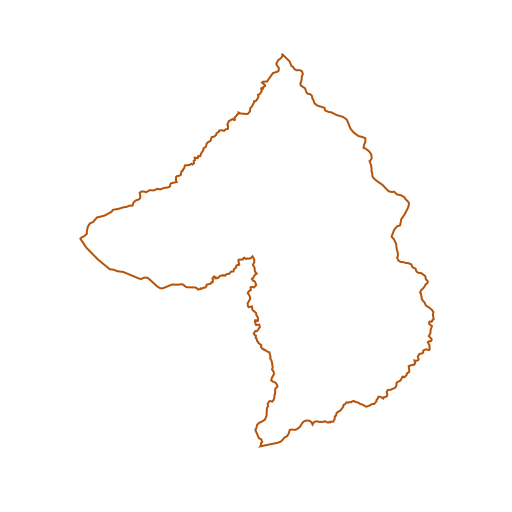 outline of Nipepe, Niassa, Mozambique, rotated 252°
{"feature_id": "85939544B55402666252817", "entity_name": "Nipepe", "entity_type": "district", "adm_level": 2, "iso_a3": "MOZ", "parent_name": "Mozambique", "parent_adm1": "Niassa", "projection": "mercator", "projection_center": [37.842, -13.907], "detail": "fine", "context": "isolated", "style": "outline", "palette": "amber", "viewbox_px": 512, "rotation_deg": 252, "n_neighbors": 0, "source": "geoboundaries", "source_scale": "gbopen_adm2", "svg_char_len": 6075}
<svg xmlns="http://www.w3.org/2000/svg" viewBox="0 0 512 512"><g transform="rotate(252 256 256)"><path d="M316.4,97.2L301.7,104.5L288.6,112.8L287.0,116.3L284.4,119.4L281.9,124.7L270.3,138.3L269.6,139.9L270.0,142.7L269.2,145.5L267.3,147.2L257.6,152.6L254.8,155.1L254.1,157.4L254.8,167.4L252.8,172.9L252.1,176.7L251.3,177.8L247.8,180.2L245.0,188.2L243.7,189.8L242.2,190.3L241.7,192.4L242.4,193.2L241.6,194.4L242.1,195.8L241.7,198.0L242.4,199.4L243.9,200.1L243.8,204.6L244.8,205.6L244.4,206.6L246.8,207.8L248.1,207.6L249.5,209.7L249.2,210.3L248.2,210.3L248.0,211.1L247.1,210.8L246.8,213.0L248.1,215.4L248.2,217.4L247.5,218.4L247.9,218.9L246.8,220.5L247.5,221.2L247.8,223.5L247.3,224.8L248.8,227.4L248.3,229.8L250.3,231.0L251.2,233.5L252.9,234.3L253.2,236.0L252.7,236.8L253.2,237.5L256.7,237.7L257.8,238.4L256.8,242.5L257.9,243.5L258.0,244.4L256.1,245.6L256.4,247.1L255.7,248.2L255.5,250.2L256.7,252.6L253.0,253.3L250.6,252.4L248.6,250.3L245.4,251.0L241.7,250.2L239.0,251.2L238.6,249.4L235.8,246.1L235.4,244.9L233.8,245.4L232.1,247.0L228.4,247.3L226.7,244.3L227.8,242.9L228.1,241.6L227.5,240.9L225.2,240.6L224.6,238.1L223.5,236.9L222.7,236.7L221.5,237.4L219.1,237.6L217.0,237.2L213.6,233.5L211.2,232.8L209.6,233.2L209.3,236.5L205.7,236.0L202.0,238.4L199.6,238.1L196.6,238.8L193.7,237.7L193.6,236.9L195.0,236.1L195.2,235.3L193.6,234.6L190.4,234.7L189.7,237.9L187.2,237.7L184.6,234.3L184.3,233.4L184.8,232.1L183.0,229.9L181.0,230.5L180.3,231.3L178.3,230.4L177.3,231.0L174.7,230.8L173.7,231.5L172.6,231.4L169.5,233.5L168.0,232.6L165.3,233.8L164.9,234.7L164.0,234.8L163.3,236.1L162.4,236.5L160.1,239.0L155.4,238.6L154.2,237.8L152.3,238.4L148.4,238.1L144.8,237.4L143.1,236.2L140.7,237.0L138.2,236.7L135.3,233.5L133.2,232.1L132.2,232.5L129.2,235.6L126.3,236.3L124.8,235.7L124.1,233.7L123.2,233.0L118.9,231.5L118.0,230.5L115.9,229.9L113.4,228.0L112.5,226.4L113.7,224.7L113.7,223.7L111.7,221.3L109.4,221.1L108.0,219.4L100.9,216.7L97.6,213.9L96.4,209.1L96.6,207.9L95.2,205.0L91.7,202.8L90.9,201.6L81.7,202.5L80.1,204.3L77.2,204.4L76.3,202.8L74.3,202.2L73.6,201.3L71.7,218.7L71.8,222.3L74.7,227.4L75.0,229.9L77.1,232.3L80.1,234.3L80.0,236.0L78.5,239.8L78.7,241.6L79.9,244.9L83.0,248.6L84.0,250.7L83.8,253.9L82.8,255.9L80.9,257.4L78.2,257.7L79.9,259.6L80.3,261.0L80.0,262.8L78.5,265.2L77.5,268.7L77.6,270.4L75.3,273.0L75.6,274.4L74.7,275.1L75.3,276.1L74.6,278.1L76.4,280.3L79.1,281.4L79.5,282.8L82.0,284.3L83.1,288.7L85.6,292.4L87.2,293.0L87.7,295.3L88.9,296.9L88.0,298.3L88.1,300.3L87.4,301.6L88.1,302.7L87.7,304.6L87.0,304.9L84.7,308.2L83.2,309.2L81.7,311.4L78.6,314.2L78.7,318.1L79.3,320.3L78.8,322.8L80.7,325.8L81.7,326.0L83.0,328.0L84.3,328.9L83.6,330.9L81.1,333.0L82.2,334.0L81.9,335.4L82.4,337.4L84.4,338.3L86.3,338.2L87.8,339.9L87.2,342.6L87.7,347.8L89.4,349.5L92.1,350.5L93.0,355.1L95.9,357.9L95.9,358.7L94.9,359.2L95.0,360.1L96.2,362.4L97.7,363.2L98.3,365.7L99.3,366.3L104.1,367.2L104.2,371.2L103.6,372.5L104.7,374.2L107.7,374.4L106.7,376.2L106.9,378.1L107.8,378.8L110.2,378.7L112.4,381.2L112.0,384.2L112.9,385.4L113.9,385.5L114.7,386.8L114.6,389.0L113.1,391.4L113.5,392.3L117.8,393.4L120.8,392.7L121.5,394.0L120.9,395.7L122.0,397.2L122.9,397.3L126.5,395.6L128.5,397.9L131.9,399.3L135.0,401.7L137.8,399.7L139.6,400.2L140.0,401.0L139.2,402.5L139.7,403.5L140.4,403.7L140.9,405.4L145.7,406.1L147.8,407.4L150.5,406.6L154.4,404.1L155.3,402.9L157.3,402.1L159.0,402.1L163.4,400.4L169.3,401.2L170.5,400.7L172.5,402.6L174.0,405.7L176.6,408.7L177.2,410.6L178.7,411.6L181.9,410.3L183.8,410.8L185.0,410.5L188.8,407.7L189.8,405.2L191.6,403.8L194.6,403.8L197.1,401.3L200.1,401.1L202.5,398.2L202.7,396.9L204.6,394.3L205.5,392.0L207.6,390.0L211.0,389.7L212.1,390.9L215.3,391.9L218.7,391.9L224.3,393.0L229.4,392.3L232.5,390.9L237.7,395.1L239.2,396.9L240.6,399.5L240.6,402.5L246.3,405.7L249.4,409.9L255.2,415.8L258.5,417.7L260.0,417.7L264.5,415.5L265.9,415.4L268.9,412.8L271.0,409.1L274.5,407.2L274.8,405.1L276.6,402.1L284.5,398.3L290.4,393.8L294.1,391.7L295.8,391.4L299.9,392.3L301.1,392.0L302.9,392.8L306.9,393.5L311.2,393.3L311.9,394.9L313.3,396.3L317.0,397.0L320.6,395.9L324.3,393.4L325.6,391.7L328.8,393.4L330.3,395.0L334.2,396.4L336.2,394.1L338.4,390.5L343.4,387.0L347.9,385.2L356.9,384.6L358.6,383.9L361.7,381.4L365.0,376.4L369.6,371.8L370.1,370.3L372.4,367.4L373.3,366.7L375.7,367.0L380.1,360.9L382.9,358.9L387.2,358.7L388.7,358.2L390.0,358.7L391.4,358.6L393.1,357.5L394.5,355.2L395.9,354.6L400.4,354.4L404.3,351.3L406.3,351.5L409.4,353.8L412.8,355.2L414.6,356.8L417.5,356.8L419.3,354.9L420.2,351.8L421.8,350.4L424.5,349.6L425.8,348.4L430.7,348.1L440.3,343.1L438.4,343.2L437.5,342.3L436.3,340.6L435.5,337.8L432.7,334.8L431.8,334.6L427.7,335.8L425.3,334.8L424.7,333.6L424.7,328.6L418.5,320.3L419.6,316.7L419.0,315.3L415.9,317.3L414.8,317.1L414.6,315.4L413.0,314.2L414.1,313.1L413.6,312.6L411.4,312.6L410.4,311.7L408.8,309.5L408.7,307.7L406.6,307.6L404.0,304.7L403.4,303.4L403.8,302.0L402.7,301.6L399.1,297.9L398.6,296.4L395.4,294.9L393.8,292.3L393.8,291.2L396.5,285.0L397.9,283.7L396.7,283.3L396.5,281.9L395.4,280.8L394.3,278.4L392.1,278.0L392.1,277.1L393.5,276.1L392.7,271.9L389.8,269.3L388.2,269.6L385.6,268.6L385.8,266.3L384.9,264.2L386.1,262.5L386.7,259.9L385.6,259.0L385.0,256.5L383.4,255.4L382.5,253.2L382.7,250.5L379.5,248.3L379.2,246.0L378.3,244.0L375.4,242.1L374.5,239.2L373.1,238.8L370.3,235.3L368.2,233.9L368.8,231.8L367.3,231.2L367.2,230.2L368.2,229.1L368.4,228.0L366.0,227.6L365.5,226.0L363.3,225.7L362.6,223.9L363.7,223.1L363.1,221.0L364.1,216.3L361.7,214.9L360.9,213.3L359.8,212.8L359.5,211.2L356.5,209.7L356.0,207.7L356.4,205.4L355.9,204.4L353.0,203.3L350.8,203.4L351.5,197.8L350.9,196.8L348.8,195.8L348.4,193.2L349.2,189.7L348.9,185.6L350.4,182.8L349.9,179.3L351.4,175.3L350.6,171.0L351.9,169.5L352.7,166.9L352.0,164.9L348.8,164.5L346.9,163.7L346.0,162.2L346.0,159.2L345.3,157.1L344.2,155.6L342.1,154.2L343.0,151.1L342.7,148.1L343.3,145.1L343.3,140.5L344.1,134.1L342.7,132.3L341.2,124.3L341.8,116.6L338.6,111.5L338.5,109.0L337.8,107.3L335.4,104.8L331.0,102.4L329.5,102.1L328.0,99.2L327.5,95.7L326.7,94.3L316.4,97.2Z" fill="none" stroke="#b45309" stroke-width="2"/></g></svg>